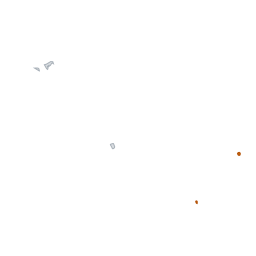 Tonga, with Niuas highlighted, rotated 119°
{"feature_id": "TON-4947", "entity_name": "Niuas", "entity_type": "state/province", "adm_level": 1, "iso_a3": "TON", "parent_name": "Tonga", "parent_adm1": "", "projection": "robinson", "projection_center": [-174.598, -15.768], "detail": "fine", "context": "in_parent", "style": "filled", "palette": "amber", "viewbox_px": 256, "rotation_deg": 119, "n_neighbors": 0, "source": "natural_earth", "source_scale": "10m", "svg_char_len": 831}
<svg xmlns="http://www.w3.org/2000/svg" viewBox="0 0 256 256"><g transform="rotate(119 128 128)"><path d="M113.0,228.3L113.5,228.3L114.0,227.1L115.7,226.7L115.6,227.9L113.2,231.8L111.7,230.3L107.4,227.8L106.5,225.9L107.9,224.4L107.8,225.6L108.5,226.1L110.9,226.3L113.1,227.4L111.8,227.7L113.0,228.3ZM152.5,133.1L151.2,135.3L150.6,135.3L149.2,134.0L148.7,133.1L150.9,130.5L152.0,130.3L153.5,131.1L153.4,131.9L152.5,133.1ZM121.1,233.2L120.9,238.8L119.4,236.2L119.2,235.0L120.8,233.3L121.1,233.2Z" fill="#d9dde1" stroke="#a8b0b8" stroke-width="1"/><path d="M97.4,17.2L98.0,17.7L97.9,18.7L97.2,19.6L96.2,19.5L95.6,18.8L95.7,18.0L96.3,17.4L97.4,17.2ZM159.8,31.5L160.2,31.2L160.4,31.2L160.4,31.7L160.0,32.3L159.5,32.9L159.0,32.9L158.7,32.5L158.8,32.2L159.1,31.8L159.8,31.5Z" fill="#f59e0b" stroke="#b45309" stroke-width="1.5"/></g></svg>